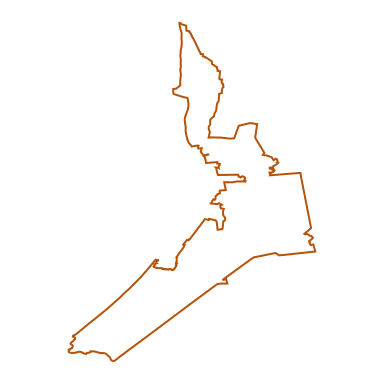 the district of Saulkrastu pag., Saulkrastu, Latvia
{"feature_id": "27541924B726637782325", "entity_name": "Saulkrastu pag.", "entity_type": "district", "adm_level": 2, "iso_a3": "LVA", "parent_name": "Latvia", "parent_adm1": "Saulkrastu", "projection": "equal_earth", "projection_center": [24.412, 57.267], "detail": "fine", "context": "isolated", "style": "outline", "palette": "amber", "viewbox_px": 384, "rotation_deg": 0, "n_neighbors": 0, "source": "geoboundaries", "source_scale": "gbopen_adm2", "svg_char_len": 5857}
<svg xmlns="http://www.w3.org/2000/svg" viewBox="0 0 384 384"><path d="M191.8,146.6L192.3,146.4L197.6,145.5L198.5,145.7L198.0,147.3L198.4,148.6L201.7,148.2L200.7,151.9L203.3,155.0L203.7,155.3L204.4,155.1L204.6,155.5L207.2,154.5L208.1,154.4L208.2,154.6L207.4,154.7L203.8,156.2L204.4,156.7L204.3,156.9L204.8,158.0L205.5,159.4L205.5,159.9L205.4,159.9L206.1,163.0L217.4,162.1L217.2,163.6L219.8,164.0L219.6,165.3L218.9,166.1L218.6,167.0L218.7,167.6L218.4,167.3L218.2,167.5L218.1,167.4L217.7,167.6L217.4,167.5L216.9,167.7L216.5,167.5L215.9,167.5L216.4,168.0L216.2,168.1L216.5,168.4L216.4,168.7L216.9,171.8L218.0,175.0L238.1,174.7L238.7,176.7L239.8,176.7L240.4,177.4L242.6,176.2L244.3,177.1L244.6,177.6L244.9,177.6L245.1,178.0L244.4,180.0L245.5,180.7L245.4,181.6L243.0,181.4L239.8,181.5L237.6,181.4L235.4,181.7L232.7,182.3L224.2,182.2L225.8,190.1L219.9,190.6L219.7,191.1L219.6,191.9L219.9,193.4L217.4,194.2L217.3,195.0L215.9,195.9L215.5,196.7L215.6,198.7L214.8,199.8L213.4,199.3L210.8,203.5L214.5,203.8L217.4,204.2L219.1,203.2L221.8,204.8L220.7,205.3L220.3,205.7L220.3,206.0L220.6,206.3L220.6,206.6L220.6,206.9L220.4,207.4L220.8,208.3L223.8,208.9L223.0,211.4L223.2,215.4L225.1,217.6L224.9,220.6L223.3,221.2L222.8,226.5L222.4,229.1L217.6,229.7L216.7,221.9L215.6,220.3L209.3,218.9L209.0,218.9L208.8,220.0L204.9,219.1L189.6,239.5L189.1,239.3L188.4,240.2L187.0,239.9L183.3,244.5L184.7,245.0L184.2,245.7L184.1,246.0L183.7,246.2L183.7,247.1L182.8,248.6L179.3,253.1L176.6,257.0L177.1,257.1L176.7,258.3L176.6,263.1L176.1,262.9L176.0,264.0L176.6,264.0L176.4,264.3L176.4,264.8L175.7,266.5L175.9,266.5L175.1,267.9L174.7,268.0L174.6,268.4L173.6,269.8L173.2,270.0L172.3,270.2L171.7,269.6L171.7,269.3L170.3,269.3L169.8,269.0L169.1,269.1L169.0,269.3L169.1,269.5L168.6,269.7L167.7,269.3L166.4,269.6L165.9,269.4L165.9,269.0L165.5,268.8L164.9,268.9L164.5,269.3L163.8,269.2L163.4,268.9L163.4,269.1L162.4,269.1L162.1,268.7L162.3,268.5L162.3,268.4L161.9,268.2L159.1,268.1L158.6,268.2L157.1,268.1L155.6,267.6L155.1,267.3L154.1,267.1L153.6,266.5L153.8,266.2L154.2,266.1L154.6,265.6L154.5,265.0L154.3,264.8L154.4,264.4L155.3,263.8L156.6,263.3L156.2,263.0L156.4,262.6L156.3,261.6L156.8,261.4L157.3,260.8L158.0,260.6L158.2,260.3L157.9,259.9L157.1,260.2L156.6,260.1L155.6,259.7L146.8,270.3L140.5,277.4L129.1,288.9L126.0,291.6L123.1,294.3L120.4,297.1L107.8,308.3L95.1,318.7L89.6,323.0L75.8,334.4L73.1,335.7L72.9,336.6L74.8,337.4L75.0,337.8L75.2,338.9L74.9,339.3L73.9,340.1L73.2,341.1L71.6,342.2L70.7,343.2L70.6,343.6L70.6,344.0L71.9,344.8L72.7,345.6L72.8,346.0L72.7,346.8L72.5,347.4L72.4,347.6L71.9,348.0L71.7,348.0L71.4,348.4L69.3,349.5L69.6,349.7L68.7,350.4L68.7,351.6L69.1,352.3L69.8,352.6L71.1,352.9L74.3,352.9L79.3,351.7L81.4,352.1L83.1,353.1L85.0,353.8L85.7,353.8L86.4,353.8L86.5,353.4L87.0,352.9L88.0,352.9L89.6,352.6L90.2,351.8L91.1,351.6L91.0,351.3L92.9,351.4L93.8,351.3L95.4,351.8L96.0,351.8L98.2,352.6L98.8,352.5L99.1,352.8L100.2,353.1L102.3,353.0L104.3,353.2L105.3,353.5L106.2,354.0L109.5,356.9L110.3,358.0L110.9,359.7L111.6,360.4L112.4,360.8L114.0,361.0L115.1,360.4L120.8,355.9L150.7,333.7L191.1,303.4L217.2,284.1L220.5,283.6L227.3,283.6L226.1,279.2L222.4,280.0L251.0,259.2L253.7,257.4L275.5,253.0L279.2,255.4L281.1,255.1L283.3,255.0L315.3,251.5L313.3,244.4L310.8,245.1L309.6,243.4L310.0,242.5L309.2,241.7L309.1,241.3L309.3,240.9L310.4,240.1L310.6,239.8L311.5,239.4L312.2,238.7L312.9,237.6L311.1,235.9L310.0,235.8L308.9,234.9L307.5,234.2L306.5,233.8L306.0,234.2L305.4,234.4L304.4,233.8L311.1,228.1L301.3,178.2L300.4,172.9L270.0,175.3L270.2,174.8L270.3,173.8L269.4,172.8L269.4,172.5L271.6,172.7L272.0,172.5L272.2,172.2L272.9,172.0L274.2,171.1L274.5,170.5L274.5,170.2L274.1,169.8L272.9,170.0L272.7,169.9L273.3,169.3L273.3,168.7L273.0,168.4L272.3,168.3L271.5,168.7L270.2,168.8L269.8,168.6L269.6,168.3L269.6,167.8L269.9,167.6L271.8,167.6L272.6,167.3L273.0,167.0L273.2,166.7L273.3,166.0L275.1,165.3L276.1,164.7L278.2,162.9L277.1,162.3L277.5,161.9L277.6,161.1L277.2,160.0L277.0,159.8L276.8,159.4L276.5,159.5L275.7,158.7L273.6,160.1L272.4,158.5L272.0,157.6L271.4,157.2L268.0,155.8L264.2,155.2L262.9,154.8L264.3,152.8L255.2,137.7L257.1,124.1L256.1,124.2L254.1,123.6L250.0,123.1L238.7,125.8L238.0,127.8L234.2,138.3L230.3,138.6L226.2,138.2L221.0,137.6L211.0,137.4L210.6,137.6L208.6,137.6L208.9,136.4L209.0,136.2L209.4,133.5L209.9,132.4L209.0,129.5L208.7,129.0L208.7,127.0L210.1,124.6L210.2,121.0L210.1,120.5L210.3,119.6L210.7,119.0L212.8,117.2L213.9,116.6L214.4,113.7L216.1,110.7L216.9,104.7L217.2,103.5L218.7,100.7L219.1,94.9L219.0,94.0L222.0,92.8L221.8,91.4L222.2,88.7L222.8,87.6L223.4,87.2L223.4,85.9L223.1,85.4L223.3,84.9L223.0,84.0L222.6,84.1L221.5,82.2L221.6,81.9L222.0,79.6L219.5,79.3L219.3,78.5L220.1,71.3L217.6,70.8L217.9,70.1L216.9,68.4L217.0,67.2L214.2,65.5L214.0,65.1L212.9,64.7L212.1,64.1L211.9,61.7L211.5,61.0L209.8,60.1L206.4,57.6L205.0,57.4L205.0,56.9L202.8,56.2L202.9,54.2L200.9,54.1L200.9,53.9L200.7,53.9L199.9,51.9L198.9,50.6L199.0,50.2L198.4,49.0L193.3,38.6L191.9,36.3L192.1,36.3L190.3,32.7L189.6,32.6L189.5,31.3L186.4,30.6L186.2,25.7L181.5,24.2L180.5,23.1L179.4,23.0L179.5,23.6L179.5,24.1L179.7,25.8L180.2,28.3L180.5,29.4L181.0,30.9L181.6,32.9L181.6,36.2L181.4,38.5L181.8,41.4L181.7,43.9L181.5,44.7L181.6,46.8L181.2,47.8L180.7,50.5L180.6,51.7L180.7,52.6L180.3,55.1L180.4,56.4L180.7,58.2L180.7,58.9L180.8,60.1L180.7,61.3L180.7,64.2L180.9,66.9L180.5,68.5L180.4,70.0L180.3,70.3L180.4,71.5L180.7,72.0L180.7,74.1L180.9,75.4L180.6,76.4L180.5,79.2L180.3,80.2L180.2,84.2L180.3,85.5L179.6,85.9L176.4,88.5L173.2,89.1L173.3,89.4L173.2,91.4L173.6,94.0L183.4,97.1L187.2,97.9L187.7,98.9L188.1,100.8L188.1,102.2L188.3,102.4L188.5,103.8L188.5,105.5L187.7,109.8L186.2,114.0L185.6,115.2L185.5,116.1L184.9,118.0L184.7,119.8L185.1,123.2L185.7,127.6L185.6,131.2L186.0,133.6L187.3,139.2L188.2,141.7L189.1,143.3L190.8,145.1L191.8,146.6Z" fill="none" stroke="#b45309" stroke-width="2"/></svg>